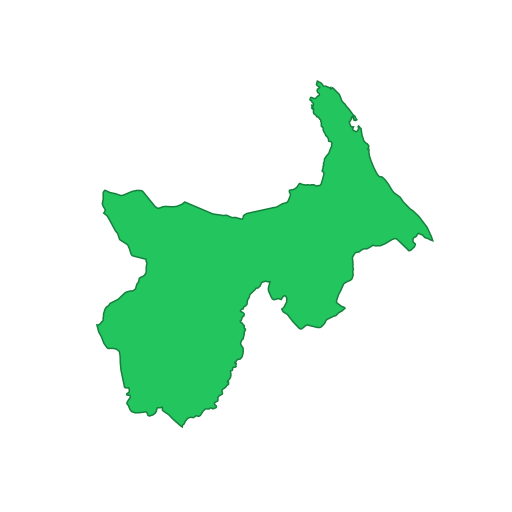 Mogincual, Nampula, Mozambique, rotated 287°
{"feature_id": "85939544B68532442394498", "entity_name": "Mogincual", "entity_type": "district", "adm_level": 2, "iso_a3": "MOZ", "parent_name": "Mozambique", "parent_adm1": "Nampula", "projection": "mercator", "projection_center": [40.17, -15.431], "detail": "fine", "context": "isolated", "style": "filled", "palette": "green", "viewbox_px": 512, "rotation_deg": 287, "n_neighbors": 0, "source": "geoboundaries", "source_scale": "gbopen_adm2", "svg_char_len": 6103}
<svg xmlns="http://www.w3.org/2000/svg" viewBox="0 0 512 512"><g transform="rotate(287 256 256)"><path d="M322.3,420.6L325.9,418.0L333.5,411.2L341.5,400.1L345.2,392.7L346.0,389.8L350.9,380.9L354.3,376.7L356.9,369.4L358.6,366.9L363.5,361.5L367.0,356.6L368.5,353.1L368.0,351.8L368.1,350.7L368.7,349.3L370.2,347.4L375.2,342.6L380.6,338.2L384.6,335.4L387.8,333.8L391.0,332.8L391.4,332.3L391.1,331.6L392.2,332.0L394.2,331.7L395.8,329.7L396.0,328.4L397.4,325.7L402.6,322.0L408.6,319.2L408.9,318.3L410.4,316.1L409.7,315.8L407.5,317.0L404.8,316.2L404.1,315.3L404.8,311.8L405.5,311.2L408.0,311.5L407.5,309.6L407.6,309.1L409.1,307.6L411.6,305.9L412.5,306.6L414.3,307.0L416.8,306.9L417.9,307.8L417.3,308.4L416.1,308.7L414.5,310.1L414.7,311.6L415.7,312.6L416.0,312.5L416.2,311.8L418.7,309.6L419.3,307.7L424.1,301.3L425.3,299.0L427.5,296.4L427.9,295.1L429.6,292.6L434.2,289.1L435.3,287.8L439.2,280.3L439.2,279.8L438.5,279.7L437.6,278.5L438.1,278.0L438.9,278.0L438.4,277.3L438.8,273.0L438.2,271.5L438.5,270.2L439.5,269.4L440.7,266.9L440.9,264.6L441.3,264.0L441.2,263.5L437.5,263.7L436.2,266.2L436.2,267.5L435.9,267.7L435.2,267.5L433.5,266.0L432.0,266.0L430.6,267.0L429.6,269.1L428.6,269.6L428.1,269.6L426.8,268.1L424.3,267.0L423.9,266.5L423.6,265.3L423.9,262.4L423.4,261.8L421.1,261.9L420.8,262.5L420.8,263.5L419.3,264.8L418.7,266.3L417.8,266.8L417.0,266.7L416.5,265.1L415.8,265.5L415.9,266.2L415.6,266.7L414.9,266.7L414.3,265.9L413.9,265.9L413.8,266.4L414.3,266.8L413.9,267.5L413.5,266.8L413.2,266.8L412.9,268.2L410.4,268.8L408.9,269.8L408.1,272.2L406.9,273.5L406.9,275.3L405.4,277.1L405.0,278.1L403.5,278.7L402.8,279.4L399.4,280.4L398.0,282.8L396.3,283.3L394.5,284.7L393.6,286.0L391.5,287.5L391.0,289.0L389.6,290.7L387.1,291.9L387.2,293.7L386.8,295.1L386.2,295.6L384.7,295.7L382.7,296.4L381.5,295.9L375.6,295.6L371.9,294.0L368.8,293.1L367.1,293.6L363.8,293.5L362.5,294.3L361.3,293.9L360.0,294.4L356.6,294.4L356.2,294.8L356.0,296.1L355.5,296.6L353.2,297.1L344.4,297.3L343.0,296.9L342.1,296.4L340.7,293.4L340.5,292.4L341.1,290.6L340.2,287.8L339.4,286.9L339.5,285.1L338.8,283.9L338.1,281.0L338.0,278.8L338.3,276.9L338.0,276.3L333.7,275.0L331.6,273.5L330.5,272.3L328.7,268.8L327.0,269.1L325.6,270.6L323.9,271.2L317.9,270.6L316.8,270.3L315.8,269.4L313.8,266.1L308.4,261.0L307.9,259.5L293.9,234.7L291.7,232.7L290.8,232.3L288.2,232.5L287.2,232.0L287.0,231.3L286.9,225.2L285.7,221.8L286.4,215.9L285.2,213.0L283.6,202.4L286.8,172.1L283.7,170.0L280.3,165.7L278.7,162.0L276.9,154.7L275.6,152.2L273.3,149.2L272.9,148.0L273.7,145.2L284.9,128.5L284.9,126.5L283.9,122.9L281.5,118.6L275.3,111.2L274.3,109.1L274.5,103.6L274.0,97.8L274.7,92.3L273.0,91.5L271.7,91.4L265.6,93.3L261.1,93.7L258.8,95.4L256.1,98.4L254.3,98.4L252.5,97.8L251.1,101.5L249.4,103.6L238.8,114.4L237.0,117.2L232.1,120.6L231.7,121.2L229.2,130.0L225.6,133.1L221.5,135.8L220.6,136.8L220.1,138.0L220.7,151.7L218.8,152.5L217.5,153.8L213.6,154.2L208.4,155.7L207.0,155.7L203.9,154.4L202.7,152.7L200.6,150.9L197.1,151.3L194.3,150.3L189.2,150.4L186.7,148.6L185.9,146.2L184.1,143.2L182.7,141.6L174.2,136.8L168.0,130.3L165.6,129.6L163.1,127.7L161.2,127.2L156.0,127.1L153.9,127.8L151.4,128.0L150.3,128.6L149.1,128.5L147.8,127.6L145.8,127.0L143.8,125.2L143.6,124.0L137.3,127.9L133.4,131.9L127.9,136.2L124.9,140.2L124.3,141.5L125.8,146.0L126.2,149.6L124.8,153.2L120.6,155.3L113.8,157.6L107.5,160.2L92.0,168.7L91.8,170.2L92.7,172.6L91.9,173.6L89.1,174.5L88.0,174.1L87.0,173.0L86.2,172.7L85.5,172.9L85.3,174.2L85.9,175.7L85.6,176.5L84.1,177.1L78.7,175.5L77.1,175.6L75.9,177.4L71.9,180.8L70.8,182.8L70.7,186.4L72.2,190.7L74.8,196.3L74.2,197.7L72.2,199.1L71.7,200.7L73.9,203.9L76.2,205.6L78.7,206.1L81.6,205.9L82.1,206.3L83.0,209.3L84.1,210.2L83.2,211.2L81.4,211.4L80.7,212.5L78.7,219.0L75.6,224.5L71.4,233.8L70.9,235.5L72.8,235.2L74.4,236.4L77.1,236.7L80.8,238.1L82.7,240.6L83.1,243.4L85.7,245.5L86.0,246.2L85.7,247.6L86.1,248.4L87.3,249.4L92.2,250.8L94.4,252.0L95.2,252.9L96.0,255.9L97.4,256.8L97.5,258.6L97.2,258.9L97.5,259.9L99.3,262.1L100.2,262.3L101.1,261.7L101.9,260.0L102.8,259.3L103.4,259.3L104.3,259.8L106.0,261.7L107.2,261.8L109.0,260.9L111.3,261.4L113.9,264.0L115.0,264.1L117.2,262.8L118.6,262.9L121.3,265.2L123.6,265.9L125.2,267.2L127.3,266.7L127.3,265.5L127.9,265.3L128.8,266.0L132.2,267.1L134.8,266.9L138.6,265.2L139.8,266.8L142.4,266.5L143.1,267.0L143.6,268.7L144.4,269.3L145.8,268.6L147.3,268.6L147.6,268.0L147.3,267.4L148.0,266.9L148.8,267.7L150.7,268.0L152.3,269.5L152.6,270.8L154.8,272.0L157.3,272.2L160.8,271.8L163.5,270.8L164.5,270.3L166.5,267.7L168.2,266.7L171.4,267.0L172.9,267.9L177.9,267.6L179.5,267.0L182.5,267.5L183.1,267.1L183.1,266.4L184.1,265.5L185.5,265.4L186.2,264.8L186.2,264.4L188.0,262.0L188.1,261.0L189.2,259.9L190.3,260.8L192.9,260.7L193.6,260.8L194.7,261.8L196.4,261.9L197.5,261.3L198.2,259.9L198.4,257.4L199.1,257.1L200.8,257.7L201.6,259.2L203.7,259.2L205.4,260.7L207.1,261.5L211.2,260.8L214.6,261.6L217.2,261.4L223.7,265.0L225.2,265.4L225.9,267.2L228.7,268.8L231.7,269.0L232.7,269.6L234.8,272.8L234.7,274.7L235.5,276.9L228.7,277.2L226.1,278.3L220.7,283.1L219.9,284.0L219.4,285.4L219.6,286.4L221.8,289.7L221.7,292.8L224.9,293.7L226.3,294.7L226.3,296.2L224.7,297.8L221.1,298.7L215.9,297.9L214.1,297.2L212.8,296.2L212.0,296.8L210.5,298.4L209.3,303.1L204.1,310.3L199.4,318.6L199.2,320.0L199.7,321.0L204.6,324.4L205.0,325.1L205.6,335.7L206.3,338.1L207.4,339.2L210.4,340.8L212.8,341.6L214.9,341.8L216.3,342.7L220.9,347.6L222.5,350.0L225.7,351.5L228.7,354.4L232.1,356.4L232.7,355.3L232.9,352.3L234.8,347.2L235.2,346.6L236.7,346.1L242.9,346.2L248.1,347.2L255.0,348.0L257.9,350.4L260.5,353.5L262.4,354.5L266.0,354.5L269.5,353.1L272.3,352.9L273.7,351.8L276.5,351.2L282.9,348.6L287.7,349.8L288.4,350.3L290.2,353.6L292.1,354.7L294.2,356.8L295.5,360.3L299.4,363.9L300.5,364.5L300.5,366.9L302.2,372.0L305.6,376.0L311.7,381.5L313.4,383.9L313.4,385.7L306.2,399.9L305.7,400.2L305.9,401.1L306.9,402.4L311.0,404.8L313.6,405.0L314.2,404.7L315.1,402.3L316.6,401.6L318.9,401.2L320.1,401.8L320.6,402.7L321.7,403.6L323.3,403.8L325.2,404.8L324.6,409.6L323.0,411.9L323.0,415.1L322.4,417.9L322.3,420.6Z" fill="#22c55e" stroke="#15803d" stroke-width="1.5"/></g></svg>